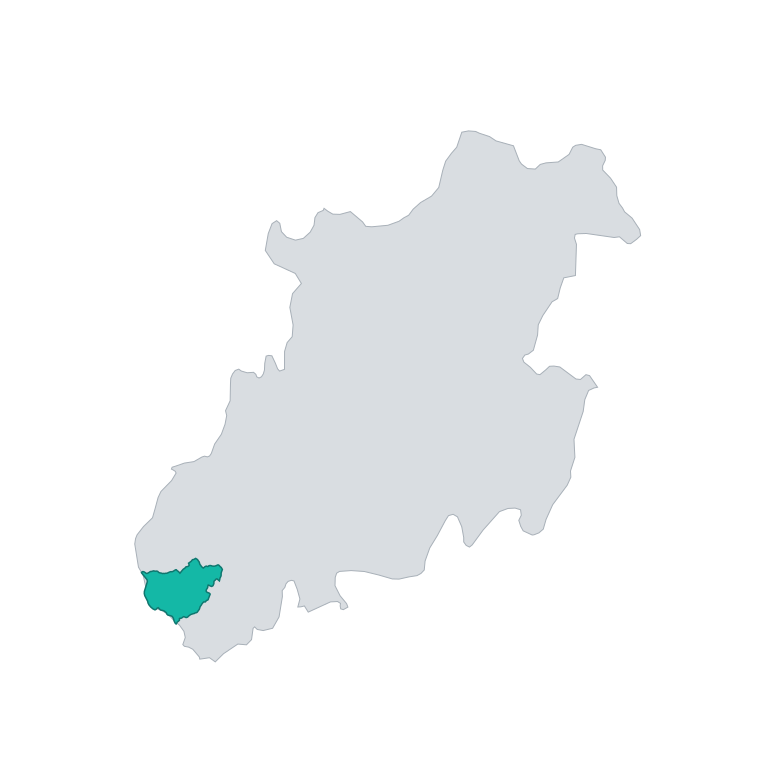 where Severno-Backi sits in Republic of Serbia, rotated 254°
{"feature_id": "SRB-274", "entity_name": "Severno-Backi", "entity_type": "District", "adm_level": 1, "iso_a3": "SRB", "parent_name": "Republic of Serbia", "parent_adm1": "", "projection": "albers", "projection_center": [19.626, 45.896], "detail": "fine", "context": "in_parent", "style": "filled", "palette": "teal", "viewbox_px": 768, "rotation_deg": 254, "n_neighbors": 0, "source": "natural_earth", "source_scale": "10m", "svg_char_len": 7379}
<svg xmlns="http://www.w3.org/2000/svg" viewBox="0 0 768 768"><g transform="rotate(254 384 384)"><path d="M425.5,292.4L442.7,297.4L450.5,302.3L454.8,308.8L465.8,312.9L483.6,314.6L496.1,321.0L503.4,332.3L514.7,329.2L529.8,311.6L545.1,306.7L560.5,314.2L569.0,320.6L570.6,325.8L567.2,328.1L558.7,327.4L551.9,330.9L546.7,338.5L546.2,346.6L550.3,354.9L555.9,360.5L563.0,363.5L566.9,367.8L567.6,373.4L569.4,374.8L565.6,377.6L561.4,381.6L559.2,388.4L559.0,399.2L545.7,408.1L540.6,409.9L538.5,415.5L535.5,431.5L536.3,443.3L538.4,449.3L539.4,454.2L544.0,460.2L548.4,469.3L551.5,481.5L557.8,490.8L573.4,499.5L581.2,504.7L587.1,512.3L591.6,519.2L604.6,528.2L604.0,535.0L601.5,541.7L598.7,544.9L592.7,553.7L586.8,558.7L577.3,574.1L561.3,575.5L557.5,576.8L551.6,581.2L548.9,588.7L552.0,594.7L551.9,600.7L549.4,612.7L553.7,625.2L559.6,630.7L560.6,634.0L559.9,640.0L551.8,652.3L549.4,656.9L541.0,659.4L538.0,658.3L533.5,654.3L529.4,653.2L519.4,658.5L509.1,661.8L500.9,659.7L492.9,659.7L487.4,661.8L483.2,662.7L475.1,668.2L462.0,672.3L455.9,671.6L453.5,666.8L450.9,659.8L452.0,656.6L460.6,650.9L461.4,645.6L472.9,620.0L475.0,611.7L475.1,609.0L471.8,607.3L465.2,607.5L435.5,597.9L436.5,586.1L427.8,579.9L418.3,574.5L416.7,568.2L406.1,555.6L398.4,548.6L388.7,545.1L380.4,540.0L375.3,536.9L373.0,531.0L373.0,527.4L370.4,524.1L366.4,524.5L359.7,529.3L351.5,533.5L350.0,536.5L353.1,543.6L355.4,548.0L354.4,552.3L351.9,557.7L335.9,569.9L334.2,574.1L337.3,580.7L335.4,583.9L322.0,588.4L322.3,584.8L321.4,578.9L313.6,572.7L302.7,567.9L278.5,551.4L269.2,549.2L260.9,547.3L249.0,539.3L242.9,537.9L236.2,532.2L221.5,512.9L209.1,502.4L200.6,497.1L198.2,491.9L197.7,486.6L198.0,484.8L204.5,477.3L209.4,476.2L215.8,476.0L220.0,479.8L225.5,480.6L228.6,475.8L230.2,468.8L229.5,459.8L216.3,439.0L205.0,424.4L203.7,421.2L206.2,418.5L210.2,417.1L214.4,418.3L225.4,419.4L236.1,418.0L239.7,414.5L239.7,409.7L235.8,405.3L223.5,393.4L213.8,382.8L202.5,374.7L194.1,371.4L191.7,367.3L190.7,362.9L191.7,354.9L192.3,344.7L194.3,338.3L201.9,326.2L209.2,313.4L213.7,301.0L216.1,289.6L215.2,286.3L211.5,283.8L203.6,281.3L192.6,283.4L183.2,287.5L179.5,287.8L178.3,282.7L179.8,280.4L182.8,280.7L185.1,281.7L187.7,279.4L189.3,272.5L185.6,248.3L192.6,246.3L192.7,242.7L193.4,239.7L200.5,243.9L210.6,244.0L219.5,243.2L220.8,240.9L220.7,237.4L218.9,234.7L215.8,232.6L213.5,229.2L207.6,227.7L189.0,218.9L179.9,209.6L180.3,199.9L183.0,194.5L186.2,192.7L185.2,190.8L174.8,186.2L171.2,179.9L174.3,171.8L169.0,155.4L163.4,145.2L169.0,140.8L169.8,134.6L170.3,131.1L172.6,131.2L181.7,127.1L184.9,123.7L186.9,119.8L189.0,118.8L195.1,123.1L201.4,123.5L208.6,120.9L213.9,117.1L220.3,114.0L223.3,111.8L227.0,108.5L234.5,98.5L242.9,96.4L254.3,99.0L266.5,99.8L275.6,97.5L298.9,100.3L303.9,102.6L307.1,105.1L313.3,113.6L319.2,124.6L327.4,129.7L337.2,135.6L342.2,140.0L349.7,153.2L355.7,159.6L357.6,159.3L359.5,157.6L360.8,156.2L362.4,157.4L362.5,161.4L363.0,170.3L361.8,179.9L364.0,188.8L364.1,191.6L362.6,194.2L362.9,196.5L364.9,198.9L373.0,204.7L380.5,213.8L389.1,220.1L397.0,224.1L402.0,224.3L410.3,231.5L426.6,236.5L431.8,238.3L435.4,241.2L438.0,244.7L438.3,248.5L435.8,250.4L432.5,255.6L431.2,261.8L428.6,263.5L426.0,263.6L424.2,265.5L424.7,268.2L426.9,270.7L430.3,272.9L436.8,275.1L443.3,278.4L443.3,281.0L442.0,284.0L433.9,285.3L427.9,285.9L425.2,287.2L425.5,292.4Z" fill="#d9dde1" stroke="#a8b0b8" stroke-width="1"/><path d="M253.0,98.0L259.2,102.0L261.0,102.3L269.5,98.8L269.8,99.1L270.0,99.5L270.2,100.0L270.2,100.3L269.9,101.1L269.6,101.5L269.0,102.1L268.1,102.8L267.8,103.0L267.5,103.3L267.3,103.7L267.2,104.0L267.2,104.3L267.3,104.7L267.6,106.2L267.7,106.5L268.0,107.3L268.1,107.6L268.1,108.0L267.9,108.6L267.9,108.9L267.9,110.0L267.9,110.8L267.8,111.2L267.1,112.5L267.0,112.9L266.9,113.7L266.7,114.1L266.5,114.5L266.3,114.8L266.0,115.0L265.1,115.4L264.8,115.7L264.6,116.0L264.2,116.6L263.9,117.1L263.6,117.7L263.5,118.0L262.9,118.7L262.8,118.9L262.8,119.1L262.7,119.9L262.3,120.8L262.3,121.0L262.3,121.8L262.2,122.1L262.0,122.9L261.9,123.2L262.2,124.9L262.3,125.8L262.4,126.5L262.4,126.9L262.4,127.2L262.0,128.5L262.0,128.9L262.1,129.9L262.3,130.4L262.4,130.8L262.7,131.8L262.8,132.3L262.8,132.6L262.8,132.9L262.7,133.1L262.4,133.3L261.8,133.6L261.5,133.8L260.9,134.3L260.5,134.6L259.8,135.0L259.2,135.4L258.4,135.7L260.6,138.9L261.3,140.0L261.4,140.3L261.7,141.3L261.8,141.6L262.0,142.0L262.6,142.9L262.8,143.2L262.8,143.5L262.7,144.6L262.7,145.3L262.8,145.7L262.9,145.9L263.1,146.3L263.2,146.5L263.4,146.7L263.6,146.8L263.9,146.8L264.5,146.8L265.6,146.7L266.7,149.7L267.1,150.3L267.7,151.1L267.8,151.3L267.9,151.5L267.9,151.9L267.8,152.7L267.8,153.0L267.9,153.4L268.2,154.4L268.3,154.9L268.2,155.0L267.8,155.3L266.8,156.2L266.5,156.4L265.4,156.7L264.5,157.1L264.2,157.2L263.4,157.3L261.8,157.3L261.5,157.3L261.1,157.4L260.3,157.8L259.3,158.1L258.7,158.3L256.9,159.5L257.4,160.8L257.8,161.6L257.9,162.1L257.9,162.5L257.9,163.0L257.5,163.7L257.1,164.3L257.1,164.6L257.1,164.8L257.2,165.1L257.4,165.3L257.6,165.6L257.5,166.5L257.4,166.9L257.3,167.3L256.7,168.2L256.3,168.8L256.0,169.5L255.7,170.6L255.6,171.0L255.6,171.4L255.6,172.3L255.7,173.1L255.8,173.5L255.9,173.9L255.9,174.2L255.8,174.5L255.8,174.8L255.6,175.0L255.1,175.5L254.4,175.8L253.6,176.2L253.4,176.3L252.8,176.8L252.6,176.9L252.3,177.0L251.7,177.2L250.2,177.5L249.4,176.9L247.9,175.8L247.5,175.6L247.1,175.4L246.8,175.2L246.0,175.0L245.0,174.7L244.6,174.5L244.1,174.2L243.9,174.0L242.9,173.1L242.4,172.7L241.5,172.3L240.1,171.5L241.4,170.6L242.4,170.0L242.6,169.8L242.7,169.4L242.8,169.1L242.7,168.8L242.6,168.6L242.0,167.7L241.7,166.9L241.4,166.5L241.0,166.1L240.6,165.9L239.4,165.6L238.8,165.3L237.7,164.4L237.4,164.1L237.2,163.9L237.1,163.5L237.0,163.0L236.9,162.8L236.9,162.5L237.1,162.2L237.3,161.9L237.6,161.5L238.8,160.2L239.2,159.6L238.8,159.3L238.2,158.9L237.2,158.5L236.7,158.2L235.6,156.9L235.0,156.4L234.7,156.2L234.2,156.0L233.9,156.0L233.5,156.0L233.3,156.1L233.1,156.2L232.8,156.4L232.5,156.6L232.1,157.1L231.5,157.9L231.3,158.2L230.8,158.6L230.5,158.8L230.3,158.9L230.1,158.9L229.9,158.9L229.4,158.7L229.2,158.5L228.7,158.0L227.6,157.3L226.8,156.6L225.3,155.6L225.1,155.3L224.9,155.0L224.9,154.8L224.9,154.0L224.8,153.7L224.7,153.5L224.5,153.2L224.0,152.6L223.9,152.4L223.8,152.2L223.8,151.9L224.2,150.8L224.2,150.5L224.0,150.2L223.8,149.8L223.2,149.0L223.0,148.6L222.9,148.5L221.9,147.5L221.6,147.1L220.9,146.2L220.5,145.8L219.9,145.4L218.8,144.7L218.4,144.4L217.5,143.3L216.8,142.4L216.3,141.8L216.1,141.5L216.0,141.2L215.9,140.8L215.9,140.5L216.0,139.8L216.0,139.4L215.9,139.1L215.7,138.4L215.7,138.1L215.8,137.0L215.7,135.6L215.7,134.8L215.5,134.1L215.1,133.2L214.8,132.2L214.2,131.3L214.1,130.9L214.0,130.6L214.0,130.3L214.0,129.9L214.0,129.6L214.2,129.2L214.4,128.8L214.7,128.5L215.0,128.2L215.3,127.9L215.4,127.7L215.5,127.5L215.5,127.3L215.6,127.1L215.5,126.9L214.8,124.9L214.8,124.5L214.8,124.2L215.0,123.2L215.0,122.9L214.9,122.7L214.7,122.6L213.7,122.4L213.3,122.2L212.6,121.0L212.5,120.6L212.2,119.8L212.0,119.5L211.8,119.3L211.1,118.7L210.9,118.4L210.6,118.0L211.5,117.4L213.4,117.0L217.2,116.9L218.9,116.4L220.0,115.2L220.7,113.7L221.6,112.4L222.8,111.8L224.0,111.7L224.8,111.3L226.6,109.9L227.3,108.9L227.8,107.8L228.5,106.8L231.2,105.3L231.0,104.1L230.2,102.8L230.0,101.6L231.5,99.9L233.9,98.3L236.4,97.2L238.3,96.8L240.5,96.9L246.4,95.7L248.6,95.8L250.7,96.5L253.0,98.0Z" fill="#14b8a6" stroke="#0f766e" stroke-width="1.5"/></g></svg>